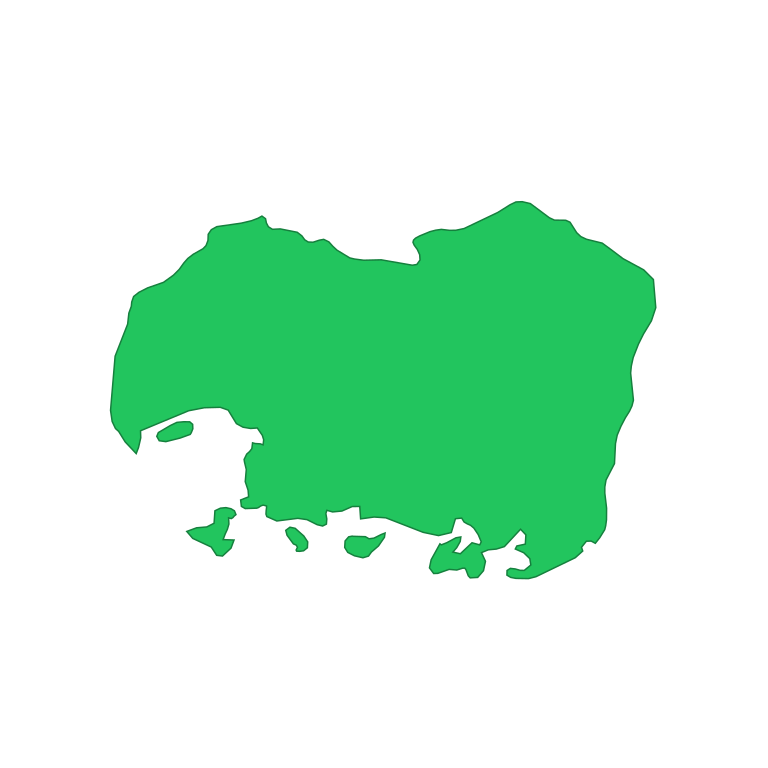 the Prefecture of Hiroshima, rotated 27°
{"feature_id": "JPN-1821", "entity_name": "Hiroshima", "entity_type": "Prefecture", "adm_level": 1, "iso_a3": "JPN", "parent_name": "Japan", "parent_adm1": "", "projection": "orthographic", "projection_center": [132.763, 34.576], "detail": "fine", "context": "isolated", "style": "filled", "palette": "green", "viewbox_px": 768, "rotation_deg": 27, "n_neighbors": 0, "source": "natural_earth", "source_scale": "10m", "svg_char_len": 3762}
<svg xmlns="http://www.w3.org/2000/svg" viewBox="0 0 768 768"><g transform="rotate(27 384 384)"><path d="M644.6,430.0L639.9,429.9L635.7,432.2L634.1,439.8L636.9,442.6L633.3,451.9L606.9,486.7L601.1,491.8L589.8,497.3L584.7,498.8L580.3,498.5L578.3,494.3L580.3,490.9L584.9,489.2L590.0,488.2L593.6,486.4L597.0,478.6L593.2,473.4L585.1,470.9L575.9,471.4L575.9,468.0L582.6,462.5L578.9,454.0L571.6,451.4L565.1,474.2L559.0,480.1L552.2,484.4L547.4,490.0L554.9,495.9L557.4,505.2L555.3,513.8L548.8,517.6L546.1,516.6L541.4,512.3L539.6,511.4L537.6,512.5L533.3,516.7L526.2,519.6L517.9,528.3L514.3,530.3L508.0,527.2L505.8,519.2L506.4,501.0L508.1,501.3L512.0,496.9L517.9,488.4L521.9,485.4L523.4,489.7L523.1,496.8L521.7,502.5L529.1,500.6L534.5,485.5L542.3,483.9L542.3,480.5L536.3,475.4L529.5,471.6L525.3,470.6L521.6,470.8L518.0,470.6L514.1,468.2L508.8,471.6L511.4,485.8L501.4,494.3L486.2,498.4L446.4,502.4L435.6,507.0L424.4,514.8L418.0,504.1L411.3,507.6L404.2,516.3L396.3,521.3L390.4,522.5L391.0,525.8L394.3,530.2L396.3,535.0L393.8,538.4L388.3,539.7L377.0,539.8L368.2,542.8L350.7,554.7L339.8,555.3L337.9,553.5L336.5,550.3L335.4,547.3L334.7,546.0L331.2,546.8L329.4,548.8L328.3,551.0L327.0,552.4L316.9,558.0L312.5,557.8L308.9,552.4L314.6,546.0L311.1,540.3L304.7,534.0L300.1,522.7L295.0,516.7L293.6,514.7L293.5,508.8L294.9,505.2L295.6,501.6L293.6,496.1L296.3,495.5L300.9,493.5L303.9,493.1L302.1,488.3L298.9,485.0L291.1,480.7L285.3,484.2L278.0,486.5L270.5,486.3L257.0,478.0L248.7,479.1L234.7,486.7L222.1,496.5L188.3,536.2L191.7,542.4L194.1,552.0L194.8,558.5L192.0,557.5L179.7,553.1L169.1,546.7L165.0,545.6L158.8,540.8L152.3,531.6L131.8,481.3L128.4,447.0L124.5,436.7L123.6,429.5L122.0,425.5L121.2,419.7L124.0,413.6L129.8,405.6L141.4,393.5L147.0,382.6L149.5,374.9L150.7,367.1L152.2,361.2L155.2,354.9L161.3,345.7L162.6,341.5L162.0,336.0L159.4,330.4L160.1,324.9L163.6,319.7L183.9,305.4L191.8,298.7L196.5,293.5L199.0,289.8L203.4,290.5L206.1,293.9L209.6,296.4L214.4,296.8L221.2,292.9L237.8,288.2L243.6,289.3L247.9,291.5L252.0,291.9L256.4,289.9L261.1,285.2L264.6,282.5L270.4,282.4L275.8,284.5L281.4,286.1L296.2,287.2L301.1,286.0L309.8,282.9L325.2,274.6L355.3,265.3L359.0,262.6L359.8,257.1L357.1,252.6L352.6,249.0L347.9,246.6L345.5,244.6L345.0,242.4L345.9,239.7L348.6,235.8L355.9,227.3L360.2,223.5L364.9,220.2L372.5,217.4L378.1,214.5L384.8,209.1L407.5,179.5L415.0,167.0L418.9,161.9L424.4,158.8L432.5,156.8L455.8,160.8L461.5,160.6L471.6,155.6L476.3,155.4L487.0,161.7L492.5,163.3L498.7,163.1L514.5,159.4L526.0,161.3L540.1,163.8L563.6,164.4L576.6,168.6L591.5,192.6L593.6,206.3L592.5,221.6L592.6,232.8L594.0,247.2L596.2,255.7L598.8,262.3L613.6,285.2L614.9,291.0L615.1,296.9L614.4,304.5L614.3,314.1L615.0,323.7L617.3,332.0L625.5,350.3L625.4,368.7L627.5,375.5L630.3,381.0L638.7,393.6L643.9,404.0L645.9,409.7L646.8,413.6L646.0,423.1L644.6,430.0L644.6,430.0ZM312.7,612.6L304.1,607.7L283.7,608.4L275.2,604.9L282.3,597.2L291.0,591.8L295.8,585.2L290.9,573.7L294.6,568.9L299.3,565.9L304.3,564.6L308.3,564.9L311.4,567.6L310.5,569.6L310.0,571.7L309.0,573.3L306.3,573.8L309.4,579.2L310.4,584.5L310.6,589.9L311.3,595.7L321.2,591.1L322.2,599.7L318.2,610.6L312.7,612.6ZM449.9,519.3L452.6,516.3L454.0,520.4L452.6,530.8L449.1,539.4L448.3,544.4L444.1,548.4L435.6,550.5L428.2,550.5L423.2,547.5L420.6,541.5L421.9,536.2L424.7,534.0L425.9,533.6L436.7,528.5L440.9,528.7L445.0,525.9L449.9,519.3ZM231.8,506.8L234.0,510.7L234.4,514.9L234.2,516.9L226.9,524.7L215.8,534.4L209.5,536.6L205.3,533.8L205.0,529.7L212.4,518.1L216.9,512.2L222.8,508.5L228.1,505.9L231.8,506.8ZM381.5,555.8L387.7,559.3L390.1,564.7L388.1,569.1L384.8,571.4L382.0,572.6L381.1,571.8L381.0,568.7L378.9,567.4L375.9,567.6L366.3,562.8L362.9,559.0L365.2,554.3L370.4,552.9L377.9,554.9L381.5,555.8Z" fill="#22c55e" stroke="#15803d" stroke-width="1.5"/></g></svg>